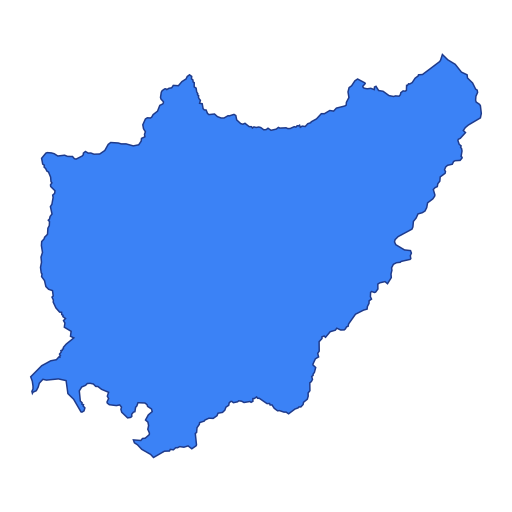 the district of Jaen, Cajamarca, Peru
{"feature_id": "86281439B77742651017236", "entity_name": "Jaen", "entity_type": "district", "adm_level": 2, "iso_a3": "PER", "parent_name": "Peru", "parent_adm1": "Cajamarca", "projection": "mercator", "projection_center": [-79.01, -5.73], "detail": "fine", "context": "isolated", "style": "filled", "palette": "blue", "viewbox_px": 512, "rotation_deg": 0, "n_neighbors": 0, "source": "geoboundaries", "source_scale": "gbopen_adm2", "svg_char_len": 5930}
<svg xmlns="http://www.w3.org/2000/svg" viewBox="0 0 512 512"><path d="M442.4,54.5L440.5,60.4L439.5,61.7L422.5,74.5L418.5,74.8L418.2,75.9L415.1,78.2L412.2,82.6L409.7,84.0L408.6,83.8L407.3,85.5L406.6,85.4L406.4,90.4L405.1,91.2L403.1,90.9L400.8,92.7L400.4,94.7L399.0,96.2L395.5,95.9L393.6,96.5L389.0,95.6L383.1,91.3L378.6,90.5L376.0,86.3L374.5,87.0L374.2,89.6L370.8,88.3L367.2,88.8L364.2,88.2L363.1,87.4L362.8,86.3L365.2,83.6L364.9,82.9L357.6,79.0L354.9,80.8L351.6,85.8L349.1,87.6L348.0,91.9L348.9,97.5L346.4,102.3L346.2,105.1L344.8,106.0L336.4,108.1L333.6,111.1L329.8,110.5L324.4,113.7L321.3,113.7L316.5,118.9L311.2,121.8L310.7,122.7L307.8,123.7L305.2,126.5L302.2,126.1L300.3,127.3L299.6,125.2L298.5,125.9L297.2,125.7L295.9,127.1L294.2,126.7L290.2,128.5L287.8,128.6L286.1,127.8L279.9,128.1L278.4,127.4L276.3,129.1L271.0,130.3L268.0,128.2L266.2,129.6L263.8,129.8L260.7,127.5L258.7,127.0L256.2,127.5L253.9,126.9L252.4,128.0L251.5,126.7L249.1,126.6L245.0,123.3L242.9,124.2L240.7,123.6L236.7,119.9L235.8,115.5L234.0,114.4L229.2,115.9L228.1,115.7L224.0,118.0L221.1,118.0L217.4,116.6L214.5,114.0L208.9,114.6L207.5,113.4L206.1,110.0L204.3,109.9L203.1,108.7L202.2,103.7L199.6,103.3L200.4,100.3L199.1,98.8L198.4,97.1L198.7,95.8L197.5,94.7L197.8,93.7L196.7,92.0L196.1,88.1L194.2,86.9L194.2,82.6L193.1,82.0L192.9,79.9L191.5,78.9L191.7,76.4L189.5,74.8L187.2,76.5L186.1,78.9L181.9,81.6L178.4,85.7L173.3,85.4L171.7,87.8L168.9,88.3L166.8,89.6L165.8,88.8L164.7,88.9L162.2,90.6L161.3,92.2L160.5,97.4L161.0,99.1L163.4,101.7L163.4,102.9L162.8,103.9L159.8,105.4L157.5,111.2L153.1,114.6L151.8,117.0L150.5,118.0L147.3,117.8L145.4,119.0L142.8,124.8L143.5,128.7L145.4,131.8L144.5,134.3L144.9,136.8L141.5,138.4L141.2,141.1L138.7,144.8L133.3,145.9L126.1,143.9L121.3,143.9L118.3,143.0L110.7,142.5L108.2,144.4L104.8,150.5L99.7,154.0L94.0,154.2L90.8,153.0L88.2,153.1L85.4,151.5L83.4,153.1L83.3,154.7L82.2,156.0L76.1,159.1L74.4,158.7L72.5,156.5L67.5,156.4L64.6,155.2L57.8,156.0L54.2,153.7L51.3,152.9L47.3,152.6L45.9,153.1L41.6,158.3L42.7,164.1L44.3,165.2L44.1,167.1L45.6,168.5L46.9,171.1L48.5,172.0L50.6,177.1L51.0,181.6L51.9,182.9L50.5,184.8L50.7,186.5L55.0,190.8L54.6,193.4L52.7,195.1L53.1,197.5L51.9,204.3L50.4,206.6L52.0,214.0L50.1,216.5L49.5,219.1L48.3,220.2L49.5,221.6L49.3,225.6L47.9,228.2L47.5,234.3L44.6,237.2L44.1,238.9L41.7,241.5L41.4,245.5L42.5,252.5L41.0,257.1L41.5,262.3L40.5,267.4L41.2,272.8L42.0,274.0L41.6,276.6L44.5,280.6L45.9,286.6L48.6,289.3L52.5,290.6L53.2,295.9L52.0,297.1L53.4,300.1L53.2,302.1L55.9,307.9L59.6,312.1L61.6,312.3L61.7,314.6L63.0,315.3L62.9,316.6L65.5,318.5L63.5,320.6L64.9,323.0L64.3,327.2L71.1,331.3L70.5,336.3L73.8,337.9L66.2,344.1L63.4,347.3L63.4,348.8L62.4,349.2L62.2,350.4L60.9,350.6L61.2,352.1L59.5,354.1L60.4,355.6L59.6,356.2L59.8,357.2L58.8,357.0L56.4,359.7L50.7,360.8L41.7,365.7L30.7,376.8L32.3,381.2L33.0,386.1L33.0,389.0L31.9,391.3L32.4,393.3L33.0,392.2L36.3,390.7L38.2,387.1L39.3,383.2L42.9,379.3L46.4,380.1L58.4,378.9L66.1,380.6L67.9,393.6L73.6,399.2L81.0,411.9L82.0,412.1L84.0,410.9L84.9,407.9L83.1,405.9L83.5,404.7L81.9,404.1L82.1,402.8L80.3,401.0L79.3,390.9L81.7,387.0L85.6,385.3L87.3,383.5L90.2,383.3L93.4,384.0L95.7,386.4L97.9,386.5L101.5,389.3L108.6,392.3L107.3,396.2L108.6,398.5L107.0,402.0L107.3,403.1L109.3,404.7L116.4,405.6L119.7,404.9L121.5,407.1L120.9,409.3L121.7,412.2L127.6,417.9L130.7,417.4L131.8,416.4L131.7,414.2L133.5,412.1L134.9,411.7L135.6,407.3L136.8,406.0L138.0,402.7L144.9,403.0L147.0,404.6L147.6,406.4L151.5,409.0L152.2,411.6L148.3,414.9L145.5,420.0L147.9,422.1L148.6,425.6L147.8,429.3L149.4,433.0L149.3,434.6L145.2,438.2L142.5,438.5L140.8,440.5L133.4,439.9L134.4,442.8L137.5,444.8L141.7,449.3L150.6,454.4L153.5,457.5L164.4,451.2L169.5,451.0L170.3,449.4L173.4,449.8L175.7,447.7L177.6,447.7L179.7,446.6L183.9,447.2L188.1,445.9L191.8,448.8L196.1,445.8L196.5,444.9L195.3,433.5L196.6,432.4L197.0,427.7L199.3,424.4L199.6,422.6L204.2,421.1L205.0,420.0L208.9,418.2L213.2,418.4L217.0,415.7L218.0,413.2L222.5,412.4L224.8,410.2L225.9,407.2L228.7,405.3L229.2,402.8L230.7,401.5L231.8,401.4L233.4,402.7L237.6,401.8L238.7,400.8L241.6,401.2L244.0,402.5L249.9,401.5L251.1,402.3L252.9,401.3L252.9,398.6L254.4,398.5L256.6,396.9L257.6,398.3L259.3,398.3L267.0,403.6L269.6,403.5L270.1,405.0L272.0,404.9L274.2,408.3L277.6,410.8L279.5,410.6L283.9,412.1L286.1,412.1L288.6,413.8L295.0,409.0L298.1,407.9L299.0,406.9L300.9,406.9L303.1,404.5L303.5,402.3L307.3,399.2L308.2,396.1L308.1,393.0L309.9,390.7L309.8,382.8L311.3,381.6L312.5,379.4L311.7,376.5L313.1,375.4L313.1,374.1L314.4,372.4L315.7,367.5L313.1,365.1L312.9,364.2L315.4,358.8L318.6,356.9L317.7,353.4L319.2,351.1L319.1,341.7L322.0,338.5L321.9,336.9L324.1,336.0L325.5,337.3L330.2,331.7L335.3,330.2L336.8,328.2L340.7,330.0L344.2,329.9L345.4,328.9L346.5,326.9L348.1,326.3L348.6,323.9L355.5,314.2L363.6,310.1L367.1,309.1L367.4,306.5L369.0,303.4L369.1,300.8L371.5,299.1L370.4,296.7L370.6,292.4L371.6,291.5L374.6,292.5L375.7,292.0L377.9,289.0L377.8,284.1L379.8,282.8L385.0,281.6L387.5,283.7L391.3,277.6L391.0,274.0L391.9,270.3L391.6,267.8L393.4,264.3L396.5,262.7L400.2,262.3L401.2,261.4L410.1,259.4L410.8,258.6L410.3,255.7L411.4,253.1L410.5,250.6L404.4,249.9L395.8,244.7L394.5,241.9L395.1,239.6L398.1,236.6L412.0,229.1L412.9,226.9L413.4,221.4L416.1,218.1L418.0,213.9L422.3,212.7L425.0,211.0L426.7,207.6L427.6,202.8L432.8,198.9L434.6,196.3L434.9,195.0L433.3,189.5L435.1,187.6L437.3,186.6L437.8,183.7L439.8,181.2L440.2,176.9L445.1,173.3L445.5,171.5L444.5,169.8L445.7,166.9L447.6,165.3L452.3,164.2L453.6,161.5L455.1,160.7L460.1,160.4L462.0,158.1L462.1,157.3L461.1,156.4L462.0,151.0L461.6,148.6L460.6,147.3L461.1,145.9L459.2,144.3L457.9,140.5L458.3,139.3L460.3,138.3L465.5,132.6L463.3,130.5L465.3,127.6L468.4,125.0L480.4,117.9L481.3,113.5L480.4,105.7L479.5,104.3L476.2,102.1L475.6,100.3L475.9,96.3L477.6,92.4L477.2,90.1L475.6,89.1L472.6,83.0L467.5,78.0L467.1,74.8L461.4,72.1L455.2,64.3L447.9,59.9L442.4,54.5Z" fill="#3b82f6" stroke="#1e3a8a" stroke-width="1.5"/></svg>